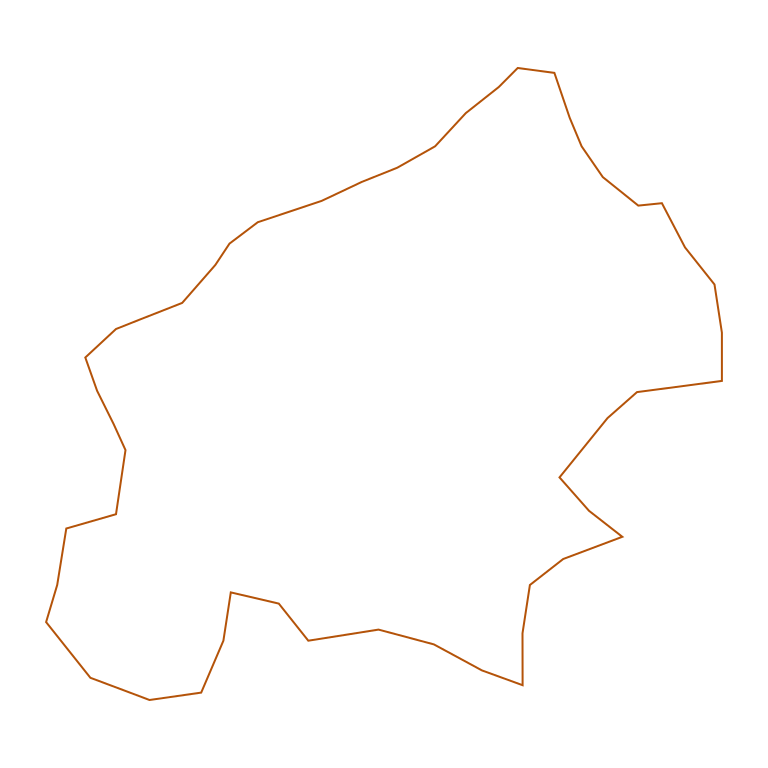 outline of Astromeritis, Nicosia, Cyprus
{"feature_id": "46923920B14143011196378", "entity_name": "Astromeritis", "entity_type": "district", "adm_level": 2, "iso_a3": "CYP", "parent_name": "Cyprus", "parent_adm1": "Nicosia", "projection": "albers", "projection_center": [33.031, 35.133], "detail": "fine", "context": "isolated", "style": "outline", "palette": "amber", "viewbox_px": 768, "rotation_deg": 0, "n_neighbors": 0, "source": "geoboundaries", "source_scale": "gbopen_adm2", "svg_char_len": 764}
<svg xmlns="http://www.w3.org/2000/svg" viewBox="0 0 768 768"><path d="M661.9,203.2L638.3,205.6L602.8,177.1L581.6,146.3L569.7,117.8L554.4,72.9L517.7,68.0L498.8,87.0L465.8,113.1L435.1,146.3L397.3,167.7L361.8,181.9L321.6,200.9L257.8,222.2L229.5,243.6L215.3,265.0L182.2,302.9L139.7,319.6L116.0,329.0L85.3,357.5L97.1,390.8L113.6,424.0L125.5,450.1L116.0,514.2L66.3,528.5L57.2,585.0L46.1,622.1L65.9,647.0L68.2,649.9L90.4,677.8L123.0,690.0L149.5,700.0L201.2,692.6L223.4,640.7L230.8,592.4L278.8,603.6L308.3,640.7L378.5,629.6L433.9,644.4L481.9,670.4L522.6,685.2L522.5,633.3L529.9,585.0L563.2,559.0L622.3,536.8L589.0,510.8L559.5,477.4L607.5,418.1L637.0,392.1L721.9,380.9L721.9,332.7L714.5,284.5L685.0,247.4L661.9,203.2Z" fill="none" stroke="#b45309" stroke-width="2"/></svg>